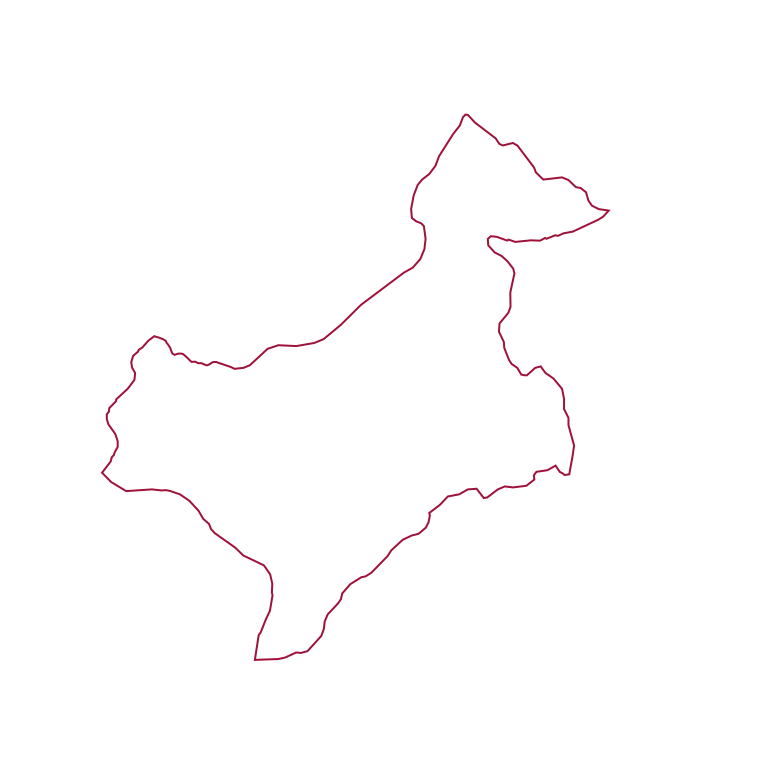 outline of Comitancillo, San Marcos, Guatemala, rotated 47°
{"feature_id": "79465075B17220282453163", "entity_name": "Comitancillo", "entity_type": "district", "adm_level": 2, "iso_a3": "GTM", "parent_name": "Guatemala", "parent_adm1": "San Marcos", "projection": "natural_earth1", "projection_center": [-91.754, 15.119], "detail": "fine", "context": "isolated", "style": "outline", "palette": "rose", "viewbox_px": 768, "rotation_deg": 47, "n_neighbors": 0, "source": "geoboundaries", "source_scale": "gbopen_adm2", "svg_char_len": 2925}
<svg xmlns="http://www.w3.org/2000/svg" viewBox="0 0 768 768"><g transform="rotate(47 384 384)"><path d="M576.4,310.1L565.2,295.1L558.6,286.9L540.0,277.2L534.6,272.2L525.1,269.4L517.7,262.5L509.0,257.1L495.6,256.3L485.8,258.4L478.0,257.4L475.3,262.5L475.1,273.5L473.3,275.4L470.7,277.2L463.1,275.5L456.3,277.0L451.7,276.2L439.6,271.4L435.0,267.7L424.2,264.3L418.5,258.2L416.7,244.4L413.9,238.9L403.2,229.2L392.1,213.2L387.7,210.8L378.3,210.0L370.5,210.7L363.4,213.3L353.7,213.2L348.7,209.1L348.8,205.1L353.2,201.2L363.1,196.1L363.4,194.4L369.6,191.1L379.1,178.6L385.6,172.1L387.1,166.6L388.6,166.1L392.0,157.4L394.3,155.7L396.2,150.0L401.3,142.0L409.9,115.5L411.1,109.6L410.4,101.4L402.5,107.7L395.4,110.3L389.2,109.4L381.6,105.5L374.9,106.5L370.8,109.4L360.6,110.0L354.3,112.9L343.1,128.1L332.9,128.6L327.9,126.6L300.7,123.8L295.6,125.4L290.6,134.4L287.1,135.9L280.6,134.8L254.8,139.2L244.4,139.1L242.5,140.7L242.8,144.5L246.6,152.0L248.4,163.2L255.0,188.5L259.5,197.5L261.3,207.7L260.5,216.6L261.4,223.6L266.3,233.6L274.5,244.8L281.6,250.4L287.0,249.5L291.8,247.2L295.8,247.2L306.2,254.6L312.9,262.4L317.4,272.2L318.5,283.7L316.1,293.5L310.4,347.0L311.3,375.2L310.0,397.6L306.4,407.1L296.5,422.2L287.2,431.3L283.6,434.8L278.9,445.1L278.8,469.3L276.4,475.7L271.0,482.9L267.2,484.4L265.1,485.5L257.5,489.6L256.0,490.5L253.6,491.6L251.6,493.6L251.0,495.3L250.5,498.7L249.5,500.9L247.9,501.7L246.6,502.4L244.4,503.2L242.8,505.0L241.6,505.9L239.0,506.8L237.7,508.3L236.7,509.6L234.3,509.9L232.4,509.9L228.7,510.1L227.1,510.3L224.8,510.6L222.9,512.1L221.4,513.9L220.6,515.6L219.9,517.2L217.4,518.0L215.3,517.2L213.7,516.6L211.8,515.7L209.4,515.3L207.7,515.0L205.7,514.9L203.5,514.2L200.5,515.1L197.0,516.7L194.1,518.5L192.4,519.3L191.6,526.8L192.5,535.7L191.7,540.1L192.6,541.8L192.3,548.2L195.7,554.0L200.3,557.1L206.2,558.5L210.8,563.7L212.7,574.7L212.6,590.3L213.8,591.6L214.3,601.4L216.6,604.0L217.1,607.4L220.8,610.8L225.7,613.1L237.2,614.6L244.1,617.7L248.4,621.7L250.4,627.8L251.8,630.1L251.8,632.8L254.3,636.9L256.6,650.7L269.7,650.4L286.5,645.6L302.8,625.6L310.0,619.4L313.2,615.6L316.5,613.3L325.5,608.5L336.7,606.0L350.3,606.1L359.3,608.2L367.1,607.4L372.0,609.4L377.6,609.5L402.3,604.4L413.4,603.9L434.8,595.5L445.6,597.1L453.9,601.9L459.9,608.1L462.5,609.6L472.1,622.1L475.4,630.6L481.6,643.6L482.2,646.9L497.7,666.6L513.2,648.7L516.7,642.7L520.4,631.4L524.1,628.1L527.2,622.1L525.5,601.7L522.1,595.0L517.2,589.3L514.1,582.3L513.1,567.2L512.0,562.3L508.7,557.4L507.4,545.2L509.8,532.5L512.1,528.7L513.4,522.0L512.3,498.6L510.6,492.1L510.7,476.5L513.8,466.9L517.1,461.0L517.6,451.5L515.6,445.9L511.5,440.2L509.2,438.9L510.5,425.7L509.8,414.0L515.9,404.4L518.3,394.5L523.8,387.7L535.4,388.8L537.4,385.9L538.7,372.7L541.3,365.5L547.6,360.2L555.5,349.3L556.4,339.2L553.0,336.7L552.2,332.4L558.5,323.3L560.7,314.2L568.2,315.4L571.1,314.3L573.7,314.0L576.4,310.1Z" fill="none" stroke="#9f1239" stroke-width="2"/></g></svg>